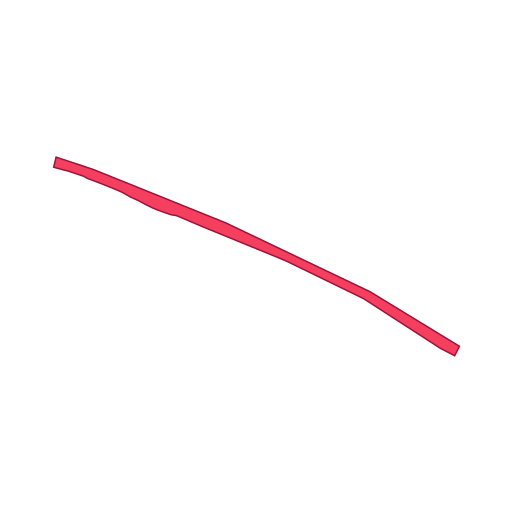 North Coast, Matruh, Egypt, rotated 234°
{"feature_id": "37247803B38142631960117", "entity_name": "North Coast", "entity_type": "district", "adm_level": 2, "iso_a3": "EGY", "parent_name": "Egypt", "parent_adm1": "Matruh", "projection": "albers", "projection_center": [29.511, 30.938], "detail": "fine", "context": "isolated", "style": "filled", "palette": "rose", "viewbox_px": 512, "rotation_deg": 234, "n_neighbors": 0, "source": "geoboundaries", "source_scale": "gbopen_adm2", "svg_char_len": 623}
<svg xmlns="http://www.w3.org/2000/svg" viewBox="0 0 512 512"><g transform="rotate(234 256 256)"><path d="M446.8,144.5L445.1,145.8L440.9,149.2L438.8,150.8L436.1,153.2L433.4,155.2L431.0,156.9L421.7,163.5L419.7,164.4L417.9,165.2L406.6,172.6L396.2,179.2L391.1,182.3L386.5,185.0L378.6,188.6L377.7,189.0L370.3,193.2L361.7,197.4L358.1,199.3L355.8,200.5L349.9,204.2L346.2,206.7L344.9,207.6L339.1,211.7L336.0,214.8L335.1,215.6L310.9,230.1L235.1,277.0L158.4,317.9L72.4,351.1L63.2,355.8L58.5,358.1L63.4,367.5L160.0,327.3L300.6,251.0L421.4,175.4L453.5,152.4L446.8,144.5Z" fill="#f43f5e" stroke="#9f1239" stroke-width="1.5"/></g></svg>